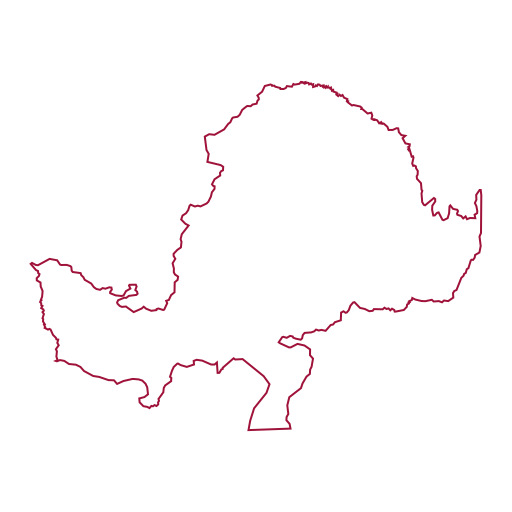 the district of Asante Akim North, Ashanti, Ghana
{"feature_id": "2480657B62831767110058", "entity_name": "Asante Akim North", "entity_type": "district", "adm_level": 2, "iso_a3": "GHA", "parent_name": "Ghana", "parent_adm1": "Ashanti", "projection": "orthographic", "projection_center": [-0.952, 6.841], "detail": "fine", "context": "isolated", "style": "outline", "palette": "rose", "viewbox_px": 512, "rotation_deg": 0, "n_neighbors": 0, "source": "geoboundaries", "source_scale": "gbopen_adm2", "svg_char_len": 5978}
<svg xmlns="http://www.w3.org/2000/svg" viewBox="0 0 512 512"><path d="M290.5,428.6L289.6,423.9L286.4,420.2L286.6,417.0L288.3,414.0L287.3,405.3L289.3,397.2L301.0,388.1L302.5,383.5L306.5,376.6L309.9,373.9L310.1,369.7L311.6,366.7L313.0,358.6L310.0,355.2L310.1,349.4L304.5,345.5L297.5,343.9L290.7,347.4L289.0,347.4L280.1,343.3L278.7,342.3L282.2,337.2L283.3,336.8L286.7,337.8L290.1,335.9L292.7,336.5L293.3,337.7L295.9,338.7L300.7,339.7L302.1,338.4L302.8,335.1L304.6,332.9L311.2,332.4L314.3,331.3L316.0,329.6L318.8,330.5L321.4,329.9L325.6,330.8L330.7,325.0L333.1,324.5L334.9,322.2L340.8,320.3L341.1,312.6L343.5,311.3L345.6,312.8L346.9,312.4L348.8,310.1L350.4,305.7L353.1,302.5L354.5,302.2L360.0,307.9L364.9,309.0L369.3,311.2L372.7,310.8L373.9,309.1L382.7,309.3L384.5,307.7L386.5,309.0L388.5,308.4L390.3,310.3L392.0,308.7L394.3,310.0L394.7,311.6L395.6,311.6L403.8,310.0L406.8,306.8L407.1,304.5L408.9,303.5L408.5,302.5L409.7,302.1L409.2,301.2L411.8,300.0L412.3,298.0L415.2,299.5L421.4,301.0L425.3,301.2L431.8,299.8L433.7,301.5L438.8,301.1L442.0,302.3L444.0,300.5L448.2,301.1L453.3,297.6L453.0,293.1L454.3,291.0L456.5,290.0L461.3,277.9L463.5,275.8L464.2,273.8L465.7,273.0L466.8,269.2L468.4,268.2L470.8,260.4L471.6,259.7L473.1,259.9L474.7,257.6L475.1,255.0L479.4,252.5L480.7,246.0L479.5,236.5L481.0,233.0L481.3,195.1L480.7,190.0L479.6,190.0L476.2,194.9L476.4,199.7L474.9,203.0L476.4,206.2L477.3,211.1L477.1,213.2L474.6,214.7L475.3,218.2L470.0,218.0L467.0,219.2L465.6,216.4L463.2,218.4L461.2,216.0L457.4,214.8L457.0,213.6L458.0,211.1L457.3,209.8L453.1,208.9L450.3,205.4L449.5,206.4L449.1,213.4L447.6,218.2L443.5,220.2L442.4,219.7L438.6,212.4L437.0,212.9L434.8,215.4L433.3,215.5L432.1,209.8L432.3,205.7L435.2,201.5L435.2,199.0L433.9,198.0L425.1,205.3L423.8,204.8L422.2,202.1L421.5,193.4L422.3,190.8L421.5,189.6L421.0,183.2L417.0,178.8L416.7,176.2L417.6,174.8L417.8,171.0L416.0,168.1L415.9,166.4L414.3,165.5L413.2,165.9L412.2,163.5L413.5,157.6L413.0,156.3L411.7,156.7L409.5,149.2L408.8,150.2L408.1,149.2L408.9,148.6L409.1,147.2L408.4,146.9L409.6,146.0L409.8,144.3L405.4,143.4L402.6,138.2L405.3,135.8L401.4,135.1L398.9,132.2L398.2,128.4L396.6,128.2L392.8,129.9L388.6,130.0L387.4,126.8L383.6,123.5L382.5,123.8L381.4,122.4L380.9,123.4L380.2,122.6L379.2,123.3L377.2,120.3L374.4,119.3L374.4,120.0L373.5,119.9L371.5,118.7L372.3,115.5L371.3,112.7L367.6,113.5L362.3,109.0L361.3,109.0L361.7,107.7L360.2,106.5L353.4,105.0L352.0,105.5L347.7,102.2L348.1,101.3L346.9,101.1L347.4,99.1L344.1,97.7L342.5,95.0L341.0,96.0L339.5,94.7L338.2,96.1L336.5,94.7L337.2,93.7L336.4,93.6L336.6,92.6L333.4,91.6L333.2,90.0L331.9,90.7L331.0,87.7L330.2,88.5L329.6,87.6L327.6,87.6L327.7,86.7L326.9,87.3L326.4,86.4L325.6,87.5L325.2,86.6L324.2,87.3L324.1,86.5L323.1,86.7L323.4,85.4L320.5,86.0L319.6,84.7L318.0,84.4L317.0,86.0L315.9,85.4L315.5,86.3L313.1,87.0L313.2,84.2L311.6,84.6L310.9,83.5L309.1,84.4L308.6,83.0L307.6,82.7L304.6,83.7L304.1,83.4L304.9,82.2L302.1,82.7L302.0,82.0L300.9,81.9L299.4,83.8L294.6,84.6L293.4,84.0L291.9,86.7L286.9,86.1L285.8,88.0L283.6,89.0L280.4,89.0L280.2,88.0L275.2,86.7L274.4,85.7L272.1,85.8L272.0,85.1L270.5,84.5L264.8,86.0L262.1,91.7L257.4,95.5L258.7,97.7L258.8,99.4L257.5,100.7L256.6,103.7L252.6,104.5L250.7,106.2L247.2,106.0L245.5,107.2L242.2,109.9L239.7,114.8L237.5,116.8L233.1,117.5L232.1,118.4L230.3,122.3L228.2,123.9L224.1,129.4L214.5,134.8L209.2,134.2L204.8,136.6L206.5,150.0L208.7,153.9L207.4,161.9L220.7,165.1L223.2,166.8L223.0,170.3L221.1,171.2L220.0,172.9L220.2,175.5L214.6,179.2L212.0,184.3L213.1,185.8L214.6,186.3L214.5,188.9L211.9,192.3L210.9,196.6L208.4,201.7L206.6,203.5L200.5,206.4L197.8,205.7L194.9,206.5L190.7,204.7L189.6,205.7L188.2,210.1L186.1,213.2L182.5,215.6L181.2,219.5L185.3,223.7L188.6,225.5L181.8,234.2L180.6,239.2L181.5,241.8L180.9,247.4L177.3,249.9L173.6,253.8L173.6,255.9L175.3,258.8L172.6,263.3L173.9,268.5L173.8,272.3L175.0,274.5L178.1,276.6L177.6,279.9L174.7,282.3L174.5,292.3L171.1,295.1L168.8,300.0L166.2,300.8L167.2,303.2L164.2,309.6L163.2,310.0L158.4,308.5L156.6,309.1L156.4,310.1L151.3,310.8L146.1,308.7L143.7,306.7L141.7,308.5L133.7,312.1L125.9,306.5L121.9,306.9L119.7,305.9L117.5,303.7L117.1,302.4L118.2,300.2L124.3,297.7L126.2,297.9L128.8,295.9L136.4,294.9L137.6,293.7L137.0,291.6L135.3,290.0L136.6,286.5L135.8,284.7L129.5,284.8L129.0,285.6L130.4,288.6L126.0,291.1L123.6,295.4L121.7,296.0L115.7,295.4L110.2,293.2L110.1,292.0L111.8,289.6L111.4,287.6L109.3,287.3L105.5,288.7L102.6,288.1L100.1,289.8L96.4,289.0L93.9,287.2L91.2,283.5L84.7,279.8L83.3,277.1L81.3,275.2L80.6,273.1L72.7,272.0L71.7,270.7L71.3,267.0L70.4,266.1L66.7,264.9L61.2,265.0L60.0,264.5L57.2,260.3L49.6,258.9L38.0,265.2L35.9,265.0L32.0,262.9L30.7,263.9L36.0,270.1L38.0,271.0L38.2,273.1L39.5,274.1L38.9,276.0L36.7,278.2L36.8,280.4L40.5,282.5L40.7,286.5L42.6,291.0L42.1,296.8L40.8,300.0L41.4,300.3L40.1,302.0L41.2,303.2L41.3,305.4L42.5,306.0L41.2,308.1L43.3,309.4L43.8,310.7L42.5,312.1L43.9,314.0L42.5,318.3L43.2,319.1L43.0,321.5L44.8,324.3L44.0,324.6L45.2,327.1L44.7,327.9L48.0,329.6L49.4,328.9L50.6,329.6L53.0,334.9L55.9,337.8L56.4,339.3L58.2,339.6L57.3,342.9L58.7,345.3L55.9,349.2L56.9,351.3L56.4,356.7L57.6,360.1L55.8,360.9L57.0,361.3L59.8,360.1L61.7,360.4L64.3,360.9L69.0,364.0L75.9,364.7L80.4,366.9L84.0,371.0L93.2,376.0L99.1,376.9L108.5,380.1L114.0,380.3L117.1,383.9L123.5,381.0L132.7,378.9L138.7,379.4L142.3,380.6L145.5,383.7L147.2,387.2L148.0,394.3L144.4,397.1L139.3,398.4L139.6,402.3L143.4,406.2L147.3,406.9L149.5,408.1L151.4,405.9L152.9,406.3L154.5,405.1L156.5,406.0L158.2,404.4L158.1,402.3L159.0,400.9L158.5,399.0L163.3,392.3L163.8,387.9L165.2,385.4L171.1,381.2L171.3,377.9L170.0,376.8L171.9,371.0L173.7,367.0L177.1,363.8L177.9,363.5L180.7,365.1L186.8,366.9L194.0,364.5L193.7,360.9L196.6,359.8L202.2,360.6L211.1,364.5L214.6,364.5L216.9,362.5L217.6,372.9L219.4,372.8L221.3,369.5L222.7,368.9L222.7,367.8L233.6,358.3L235.2,359.5L242.6,359.1L263.7,376.2L269.5,384.2L266.5,392.8L254.1,408.3L250.2,420.7L248.5,430.1L290.5,428.6Z" fill="none" stroke="#9f1239" stroke-width="2"/></svg>